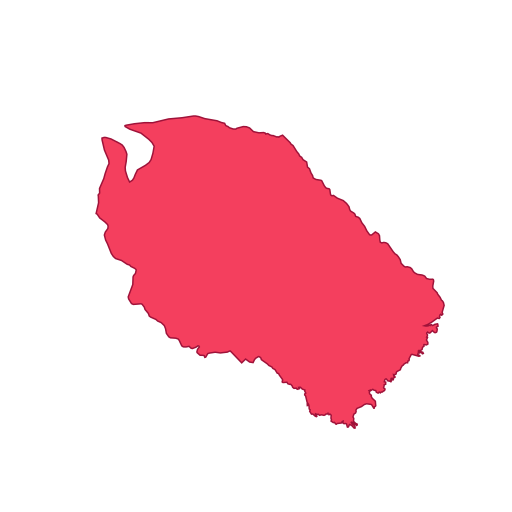 Monchy/La Borne/Sans Souci, Dauphin, Saint Lucia (Robinson projection), rotated 33°
{"feature_id": "8701671B92777247023512", "entity_name": "Monchy/La Borne/Sans Souci", "entity_type": "district", "adm_level": 2, "iso_a3": "LCA", "parent_name": "Saint Lucia", "parent_adm1": "Dauphin", "projection": "robinson", "projection_center": [-60.899, 14.045], "detail": "fine", "context": "isolated", "style": "filled", "palette": "rose", "viewbox_px": 512, "rotation_deg": 33, "n_neighbors": 0, "source": "geoboundaries", "source_scale": "gbopen_adm2", "svg_char_len": 6137}
<svg xmlns="http://www.w3.org/2000/svg" viewBox="0 0 512 512"><g transform="rotate(33 256 256)"><path d="M90.4,290.9L90.9,291.3L95.0,297.1L98.8,307.5L100.0,307.4L104.2,309.2L110.6,309.7L114.5,310.5L115.7,311.5L116.8,313.6L116.6,318.0L117.4,321.0L121.2,324.5L124.9,326.7L133.2,332.6L136.6,334.1L139.6,334.6L145.7,333.0L152.5,333.1L154.9,332.4L156.7,332.9L161.1,332.4L162.8,332.7L163.2,333.1L164.4,336.3L164.0,339.0L164.3,340.5L168.2,347.0L171.1,359.9L172.6,361.4L177.5,363.7L179.5,363.4L185.6,358.7L186.8,358.5L190.1,359.7L192.1,361.3L197.0,362.8L199.2,364.5L201.0,364.6L206.7,363.7L208.9,364.1L212.8,363.5L217.0,364.3L219.7,366.2L223.0,369.7L227.0,371.3L228.8,371.2L233.5,368.6L235.9,368.0L237.4,368.5L242.7,371.8L244.5,371.8L246.8,370.4L249.1,368.2L251.7,368.7L253.0,368.3L255.3,365.2L256.2,363.0L257.1,362.6L258.0,363.1L257.8,366.1L258.6,368.5L259.2,369.1L263.1,369.7L265.8,368.1L266.8,367.8L268.3,368.9L268.9,368.2L268.7,364.1L269.9,362.7L274.2,358.9L278.9,356.7L284.3,352.2L285.7,350.0L286.2,349.7L287.8,350.0L302.2,353.4L303.4,348.1L308.4,348.4L311.6,347.0L311.2,343.8L311.4,342.0L312.8,339.0L314.0,338.6L315.9,339.0L316.9,340.0L324.4,340.3L326.4,340.8L329.7,340.4L331.3,341.1L333.8,340.9L337.6,342.7L339.0,342.3L340.5,343.2L345.2,345.0L346.0,345.6L346.2,346.8L346.8,347.5L347.6,347.4L350.7,345.0L352.2,345.8L353.9,345.4L355.0,344.7L357.0,345.2L358.2,346.1L359.9,346.3L361.8,344.9L362.7,345.3L363.7,345.0L363.8,344.4L364.6,343.7L364.5,343.3L363.4,342.9L364.2,342.2L364.8,341.9L367.3,342.4L370.0,341.8L370.4,342.7L372.4,343.9L372.0,345.2L372.5,346.0L373.9,346.4L378.5,350.8L380.4,351.6L379.5,352.1L380.5,353.5L381.3,352.7L382.2,352.9L383.9,355.3L385.2,355.5L385.6,357.0L388.6,358.4L389.7,357.6L393.1,358.1L394.2,357.8L394.3,357.1L392.2,356.7L391.8,355.9L393.4,355.6L394.4,354.8L396.0,355.0L397.4,353.5L399.8,352.6L400.6,351.4L400.8,350.3L401.9,349.7L402.0,348.8L402.5,349.2L403.2,349.0L403.7,349.3L404.1,348.3L405.8,348.6L407.2,351.2L408.3,352.0L408.9,353.6L411.6,353.6L412.4,352.8L414.3,353.5L415.0,353.3L415.3,352.3L418.5,349.6L418.5,347.8L419.0,347.1L419.6,348.5L420.0,348.8L421.1,348.7L422.4,347.7L423.3,347.5L425.8,349.7L426.3,349.5L426.6,348.8L426.2,346.9L426.3,346.3L428.5,346.0L432.1,346.9L432.8,346.3L432.0,345.2L430.7,344.5L428.2,344.4L426.6,343.9L426.5,343.4L427.2,343.1L431.6,343.0L432.5,343.4L432.9,342.9L432.5,341.9L430.6,342.1L427.8,341.5L426.4,338.9L425.0,338.2L424.2,335.4L425.0,333.4L424.7,332.0L423.7,330.8L423.7,328.8L426.5,324.8L427.7,321.6L429.2,319.7L433.3,317.8L434.1,317.8L437.7,319.5L438.0,319.3L437.4,318.0L437.9,317.3L438.0,316.4L435.2,312.8L430.9,312.0L429.0,310.9L428.6,310.0L426.4,309.7L425.5,308.9L425.1,307.8L424.1,307.4L425.0,306.1L425.5,306.5L426.6,304.2L428.2,304.3L429.7,303.6L431.1,304.7L433.1,304.5L433.4,303.0L434.8,303.1L435.1,301.9L436.0,301.3L436.8,298.9L437.0,298.9L437.0,297.9L436.3,297.1L435.2,297.2L434.6,296.8L434.2,295.2L433.6,294.1L434.6,293.0L433.5,291.1L432.1,291.6L431.4,289.5L431.7,288.5L432.3,288.1L434.5,288.9L436.5,288.1L436.6,287.4L437.0,287.9L437.6,288.0L437.6,286.8L436.2,285.7L436.1,284.9L436.5,284.7L437.9,285.4L438.5,285.1L438.3,284.4L437.4,284.0L438.6,282.0L438.1,281.4L437.0,281.7L436.0,280.6L436.8,280.5L436.9,279.7L437.6,279.1L437.7,278.5L437.0,277.1L437.2,276.0L439.0,272.8L438.5,271.1L438.4,268.3L439.0,267.2L438.9,266.4L440.0,263.7L441.3,263.0L440.6,261.4L441.3,260.5L441.0,259.5L440.3,258.8L439.9,254.1L440.4,253.5L447.2,251.4L447.9,250.6L447.7,250.3L445.2,250.5L444.8,248.7L445.8,248.5L446.2,247.4L447.9,247.0L448.8,247.4L449.4,246.6L448.4,245.9L445.3,246.7L444.5,247.4L443.9,247.3L444.1,246.4L445.3,246.1L446.2,243.9L445.4,241.9L446.0,240.1L445.1,239.1L445.2,238.7L447.4,237.7L448.1,236.3L447.2,234.9L444.7,233.6L444.2,230.9L443.3,231.1L443.2,229.5L442.6,228.6L441.5,228.2L441.1,227.5L441.4,226.3L443.2,226.4L443.9,225.6L444.6,222.5L447.3,223.0L448.3,222.5L448.9,221.5L448.7,220.5L447.8,218.5L446.4,218.0L446.1,217.2L446.9,215.7L445.5,214.1L445.2,214.0L443.1,216.0L442.6,217.3L441.7,218.3L440.5,218.0L440.0,218.5L439.9,219.5L438.9,219.5L438.4,220.9L436.7,222.2L435.2,222.8L437.3,219.9L439.4,215.8L441.9,209.3L443.7,208.6L443.8,207.4L442.7,206.6L442.4,204.9L442.7,204.2L443.8,204.6L444.2,204.0L444.3,202.9L442.8,201.9L440.7,195.0L438.5,192.9L436.7,192.1L435.7,192.1L432.9,190.4L429.0,189.0L428.0,188.2L422.0,186.8L420.6,184.9L418.7,180.3L417.6,179.2L416.9,179.2L414.3,181.0L411.3,182.0L408.6,181.0L407.4,181.1L405.6,181.5L401.4,183.5L398.2,183.7L396.6,183.4L393.5,181.9L391.6,181.7L388.8,182.6L387.2,183.9L385.6,184.0L381.7,183.1L378.9,180.5L375.8,179.1L373.5,178.4L371.5,178.5L368.7,177.7L359.8,174.0L357.7,174.2L355.8,175.0L354.4,176.5L352.8,176.8L351.3,175.4L348.5,171.7L346.6,170.7L343.0,170.8L341.6,175.2L341.1,175.8L339.7,176.3L335.3,174.6L331.0,172.0L326.7,170.5L322.6,168.0L320.6,167.8L318.0,168.5L316.1,167.0L314.6,166.7L310.8,166.8L309.3,166.0L307.1,164.0L303.3,162.6L299.0,162.0L292.7,163.2L288.0,163.0L286.9,164.1L285.8,164.2L284.9,163.7L281.7,160.1L280.7,159.8L278.2,160.8L276.9,160.6L275.0,159.9L270.2,157.1L269.3,157.1L264.5,159.2L261.5,159.4L259.6,157.7L256.9,156.4L253.3,153.7L250.8,153.4L247.3,149.6L242.9,149.6L240.6,148.4L238.1,148.3L236.2,147.1L233.3,146.2L226.9,143.2L224.4,143.1L223.0,142.4L212.5,140.2L210.9,142.5L210.4,143.9L209.5,144.0L208.8,144.8L204.6,145.7L203.9,146.3L201.6,146.9L199.2,146.9L197.7,148.4L197.0,147.9L195.2,148.3L191.4,151.1L186.1,153.1L180.9,152.1L177.6,152.8L174.8,154.4L170.4,159.3L169.9,160.6L167.7,161.9L163.9,162.9L161.8,162.7L160.1,163.1L159.4,163.0L157.4,161.8L154.3,162.9L149.7,163.8L138.2,168.7L132.0,170.3L129.1,171.5L127.5,172.5L118.6,180.4L108.0,188.7L96.8,200.5L89.9,204.9L82.0,211.3L75.9,217.0L75.1,218.0L75.7,218.7L81.0,218.4L92.6,215.6L102.5,216.5L107.0,217.5L110.8,219.4L113.6,226.0L115.5,232.3L115.5,235.8L113.9,240.2L109.7,248.4L110.3,253.2L111.1,257.0L111.1,259.8L109.7,262.8L105.6,260.3L100.2,255.8L98.0,252.9L95.6,247.3L92.3,241.0L90.1,239.2L86.2,236.8L83.4,235.8L80.7,235.8L70.7,236.8L65.5,238.4L64.1,239.2L62.6,241.0L63.7,242.5L71.2,249.7L80.2,255.8L82.4,258.5L82.9,262.2L84.6,269.0L86.2,274.0L88.0,284.6L90.6,288.4L90.4,290.9Z" fill="#f43f5e" stroke="#9f1239" stroke-width="1.5"/></g></svg>